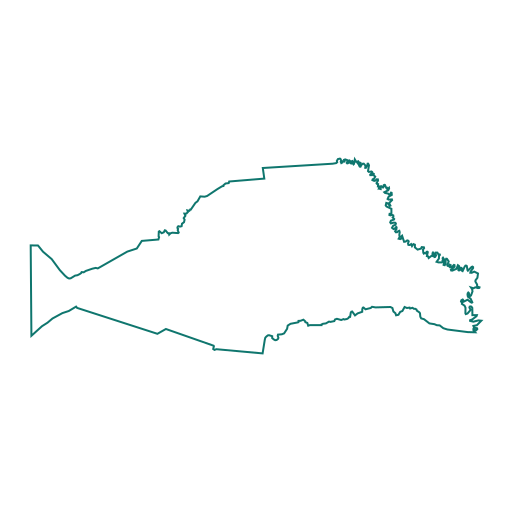 the district of Mongkol Borei, Bântéay Méanchey, Cambodia
{"feature_id": "14789045B79139506572883", "entity_name": "Mongkol Borei", "entity_type": "district", "adm_level": 2, "iso_a3": "KHM", "parent_name": "Cambodia", "parent_adm1": "Bântéay Méanchey", "projection": "natural_earth1", "projection_center": [103.095, 13.468], "detail": "fine", "context": "isolated", "style": "outline", "palette": "teal", "viewbox_px": 512, "rotation_deg": 0, "n_neighbors": 0, "source": "geoboundaries", "source_scale": "gbopen_adm2", "svg_char_len": 6100}
<svg xmlns="http://www.w3.org/2000/svg" viewBox="0 0 512 512"><path d="M475.2,332.3L473.4,330.2L473.4,329.4L476.2,330.3L477.3,329.1L477.1,328.3L473.9,327.5L473.4,325.9L476.9,325.2L481.3,320.7L478.4,320.4L473.4,321.7L470.1,320.9L470.1,320.2L472.3,319.4L476.5,316.2L476.9,315.1L472.4,315.1L472.3,307.9L471.4,306.6L470.5,306.4L469.7,306.6L469.4,307.6L470.5,309.7L470.1,310.5L467.5,313.5L465.8,314.1L465.4,313.3L465.5,307.7L464.5,305.6L461.9,303.9L462.1,302.8L461.0,301.5L461.4,300.2L462.7,299.5L463.2,300.1L463.0,301.1L463.6,301.7L467.6,299.7L470.7,302.2L471.8,302.7L472.3,302.3L470.6,298.7L467.9,296.7L467.5,294.7L467.7,293.3L468.3,292.5L468.8,292.9L469.5,295.8L470.1,296.1L471.0,295.5L472.5,291.4L472.1,289.2L471.0,287.5L473.5,288.3L475.3,287.3L478.0,288.1L479.3,287.9L479.5,287.3L477.1,286.5L477.1,284.5L475.4,281.6L475.5,280.3L477.4,277.8L478.0,273.5L474.2,271.6L471.7,272.8L470.3,272.7L470.6,271.5L473.1,268.1L473.1,267.1L472.5,266.6L471.6,266.9L467.9,270.7L467.5,270.2L466.8,266.0L466.2,265.6L465.5,265.6L464.7,266.6L462.6,271.1L461.9,270.7L462.2,268.8L461.5,267.9L460.9,267.9L460.0,270.0L459.0,270.5L458.4,270.1L458.6,268.4L459.5,267.3L459.0,266.0L457.9,265.2L456.5,268.8L452.4,270.6L451.2,270.5L450.9,269.7L454.6,266.7L454.5,265.1L453.9,264.9L452.3,266.6L450.1,267.3L449.2,266.5L450.5,265.1L449.8,264.7L449.6,265.3L447.6,265.8L447.3,265.2L448.7,261.4L446.9,258.8L446.2,258.7L445.6,259.7L445.6,263.9L444.7,265.2L443.6,264.9L444.3,259.7L443.0,257.7L442.6,258.2L443.0,259.7L442.5,260.5L442.8,261.5L441.7,262.4L438.4,262.4L436.6,261.8L438.9,258.6L439.0,256.0L439.9,254.9L439.7,254.4L438.4,254.4L437.4,252.6L435.6,252.6L435.4,253.7L436.1,255.3L435.2,256.9L434.7,257.0L434.5,254.3L433.0,252.5L432.5,253.2L432.6,254.4L433.4,255.7L433.1,256.2L431.7,255.7L428.7,258.0L428.1,256.4L426.9,256.1L427.8,252.1L427.4,251.7L426.6,251.8L426.0,253.5L424.7,253.0L423.8,253.6L423.3,252.8L423.0,249.6L424.1,248.1L423.9,247.3L421.7,247.1L421.0,248.6L417.6,249.6L414.9,247.4L414.9,244.7L413.4,244.1L412.0,246.1L411.1,244.1L409.8,245.0L408.4,244.9L408.0,243.5L408.7,241.3L408.2,240.7L407.2,240.4L405.6,241.6L404.1,241.8L402.1,235.7L401.3,236.5L401.8,238.4L400.2,239.1L398.7,238.7L399.7,236.9L399.3,235.0L399.7,232.2L399.3,230.8L398.2,231.2L397.1,232.2L395.9,232.3L395.1,231.3L396.4,229.2L396.6,227.3L396.2,226.9L394.7,228.7L393.6,229.1L392.0,227.8L393.2,225.7L395.4,224.8L395.9,223.7L395.4,222.8L393.8,222.6L390.9,223.4L390.2,222.4L390.9,220.7L394.0,219.5L394.2,219.0L392.7,217.5L393.4,216.6L393.3,215.4L392.3,214.9L390.4,215.4L389.4,215.0L389.6,213.8L391.2,213.7L391.4,213.2L391.4,208.8L386.5,206.5L385.7,205.4L386.3,202.9L387.7,203.3L389.8,205.9L390.4,205.6L389.4,203.7L389.4,202.8L392.1,200.1L391.9,199.4L388.6,199.6L387.6,199.0L388.6,196.7L391.8,194.9L391.6,192.8L391.0,192.6L389.7,194.9L387.9,193.5L385.1,193.0L384.3,192.2L388.2,190.3L389.1,188.5L389.0,187.8L387.3,189.3L387.0,187.8L386.3,187.9L384.9,184.9L384.4,184.8L383.8,185.1L383.7,186.7L383.0,187.5L381.6,186.2L380.7,186.3L380.7,189.1L380.1,189.0L379.7,187.9L378.9,188.3L379.3,186.4L377.9,186.4L378.1,184.1L376.8,183.8L376.5,183.2L378.0,180.6L377.9,179.4L376.6,179.3L375.4,180.6L374.2,180.9L372.4,180.1L372.7,179.3L374.1,178.7L375.2,176.6L373.6,175.2L373.8,173.9L372.8,173.4L372.0,175.1L370.3,175.1L370.2,174.6L372.3,172.6L372.2,172.0L371.5,171.5L368.8,171.9L368.0,171.1L369.0,165.3L368.2,163.7L367.6,163.7L367.1,165.7L365.8,167.9L365.2,167.8L365.5,165.7L363.8,163.7L362.9,163.7L361.5,164.8L360.5,166.7L359.7,166.6L359.2,165.6L360.1,164.9L360.6,163.0L359.9,162.6L358.7,164.4L357.7,163.3L358.5,162.2L358.2,161.3L356.3,161.9L354.8,159.4L354.0,163.9L353.5,164.4L352.8,163.5L352.8,161.9L352.3,161.0L351.3,161.4L351.6,162.8L351.1,163.5L350.1,162.9L350.0,162.0L350.6,161.5L349.6,160.5L348.8,161.2L348.0,163.2L347.2,163.4L346.8,163.0L347.7,160.3L345.2,159.4L344.1,159.8L344.7,161.0L344.5,161.6L342.4,161.2L342.4,162.5L341.3,163.1L340.7,161.8L341.2,160.6L340.4,158.8L339.9,158.6L337.9,159.1L336.8,161.0L337.2,162.2L336.2,163.1L332.7,163.7L262.8,168.0L264.3,178.6L229.2,181.5L228.7,183.1L225.5,183.5L223.4,185.3L223.4,186.0L222.0,186.3L217.4,189.1L207.1,196.0L204.6,196.7L200.3,196.4L197.5,201.3L195.4,202.9L190.8,209.6L190.2,209.5L189.4,210.8L187.4,210.4L187.9,212.0L186.4,213.6L184.4,213.6L185.4,215.8L183.7,218.1L184.6,219.7L184.0,222.2L182.0,223.7L181.6,226.2L180.0,226.6L178.3,226.2L177.6,227.0L177.4,227.9L178.1,228.9L177.7,230.1L178.7,232.6L178.1,233.1L172.3,232.7L170.5,233.3L169.2,234.6L168.9,233.2L167.8,233.2L165.6,230.5L164.8,230.3L163.8,232.3L161.7,233.2L159.4,231.2L158.8,231.6L158.6,236.3L159.1,237.1L158.4,239.5L141.8,240.9L136.8,248.5L127.3,251.6L97.8,268.4L95.7,267.9L92.3,268.7L85.9,270.9L83.7,272.3L81.6,272.1L81.1,273.1L79.8,274.0L77.5,275.2L75.1,275.6L70.7,278.3L69.1,278.5L67.5,277.8L65.0,275.7L59.8,270.1L51.7,259.1L43.0,251.7L38.0,245.5L30.7,245.4L31.4,335.8L42.0,326.2L47.5,322.7L52.5,318.5L62.4,313.1L68.8,311.0L76.1,306.6L77.1,307.9L157.4,333.8L165.9,329.0L213.6,345.7L213.9,346.2L213.2,349.0L214.5,349.9L216.4,349.2L262.6,353.4L264.8,339.7L265.3,337.7L266.3,336.6L267.8,335.4L269.0,335.2L272.2,336.2L272.2,338.1L273.9,339.5L275.2,340.2L276.6,340.0L278.1,338.8L278.4,337.8L277.7,335.8L278.0,334.6L281.8,334.3L284.1,333.4L287.1,328.8L287.7,325.6L290.5,323.8L297.8,322.4L298.4,322.2L298.5,320.9L300.5,320.8L303.4,319.7L305.2,321.3L305.4,322.2L307.3,322.9L308.2,325.7L309.9,325.1L321.5,325.1L321.5,324.5L322.9,323.8L325.9,323.4L329.0,321.6L330.4,321.9L334.3,321.1L335.0,319.5L336.9,318.8L341.2,320.0L343.5,319.1L344.4,319.5L346.9,319.0L348.4,318.1L349.2,316.9L350.1,316.9L350.8,312.5L351.4,311.7L352.2,311.5L355.0,315.4L357.6,313.4L362.2,311.8L362.3,309.1L362.8,307.7L363.5,307.5L365.5,309.3L370.7,308.0L372.0,306.8L375.5,307.4L390.4,307.0L392.4,308.0L393.4,311.5L395.4,313.2L396.1,315.3L398.4,314.8L400.2,311.9L402.4,311.0L404.6,307.0L406.9,308.0L409.6,307.6L410.1,308.5L412.5,307.8L413.9,308.8L415.3,308.8L416.5,309.5L416.8,310.6L419.4,312.4L420.0,313.3L420.3,316.7L421.2,318.4L424.0,319.2L429.4,323.4L434.5,324.2L436.8,325.2L439.7,325.4L443.3,328.2L447.4,329.5L467.8,332.1L475.2,332.3Z" fill="none" stroke="#0f766e" stroke-width="2"/></svg>